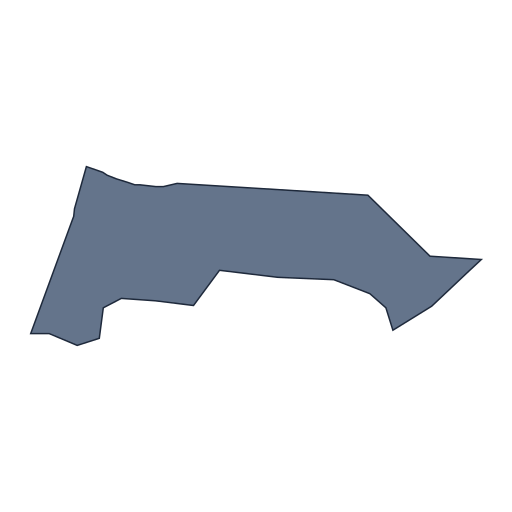 Pearts Gap, Castries, Saint Lucia
{"feature_id": "8701671B41529666733093", "entity_name": "Pearts Gap", "entity_type": "district", "adm_level": 2, "iso_a3": "LCA", "parent_name": "Saint Lucia", "parent_adm1": "Castries", "projection": "natural_earth1", "projection_center": [-60.986, 14.01], "detail": "fine", "context": "isolated", "style": "filled", "palette": "slate", "viewbox_px": 512, "rotation_deg": 0, "n_neighbors": 0, "source": "geoboundaries", "source_scale": "gbopen_adm2", "svg_char_len": 520}
<svg xmlns="http://www.w3.org/2000/svg" viewBox="0 0 512 512"><path d="M481.3,259.5L430.0,256.2L367.9,195.2L177.1,183.4L163.4,186.6L155.8,186.6L139.9,184.8L134.8,184.8L127.5,182.3L116.2,178.8L107.1,175.2L102.8,172.3L86.4,166.6L74.5,208.7L73.7,216.4L72.7,219.0L30.7,333.6L49.2,333.6L77.2,345.4L99.3,338.3L103.3,307.8L121.3,298.4L155.4,300.8L193.5,305.5L219.5,270.3L277.7,277.3L333.8,279.7L369.9,293.7L385.9,307.8L392.9,330.2L431.7,306.2L466.0,273.8L481.3,259.5Z" fill="#64748b" stroke="#1e293b" stroke-width="1.5"/></svg>